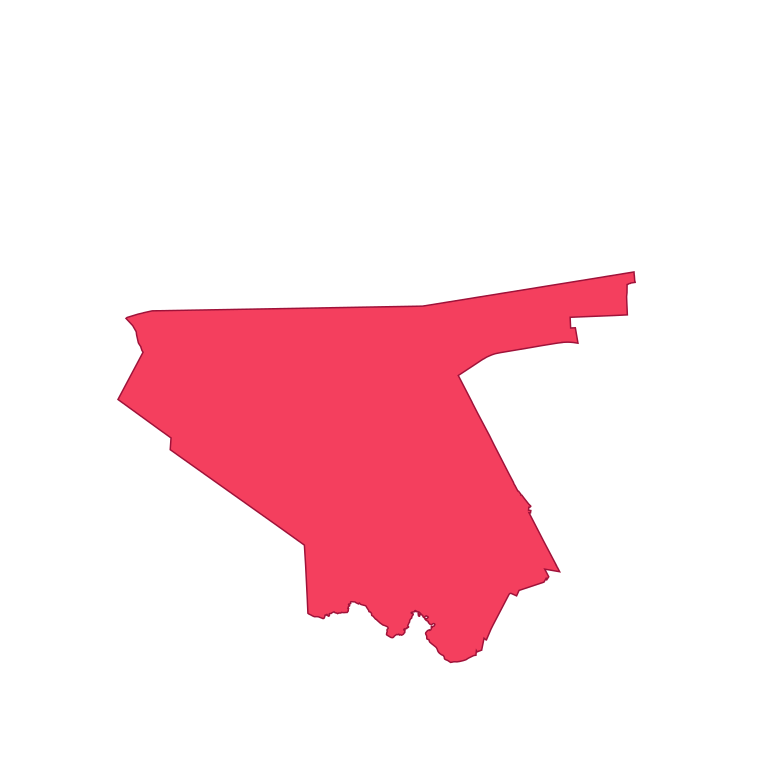 Stadskanaal, Groningen, Netherlands (Albers equal-area conic projection), rotated 124°
{"feature_id": "6326949B23876978853895", "entity_name": "Stadskanaal", "entity_type": "district", "adm_level": 2, "iso_a3": "NLD", "parent_name": "Netherlands", "parent_adm1": "Groningen", "projection": "albers", "projection_center": [7.027, 52.996], "detail": "fine", "context": "isolated", "style": "filled", "palette": "rose", "viewbox_px": 768, "rotation_deg": 124, "n_neighbors": 0, "source": "geoboundaries", "source_scale": "gbopen_adm2", "svg_char_len": 6003}
<svg xmlns="http://www.w3.org/2000/svg" viewBox="0 0 768 768"><g transform="rotate(124 384 384)"><path d="M473.9,634.6L476.1,625.0L479.2,618.7L479.5,618.4L481.7,616.5L487.2,610.7L487.9,609.3L489.1,606.4L489.5,606.0L489.8,605.8L490.0,605.4L491.5,603.5L492.4,601.5L545.6,595.9L547.4,543.9L547.8,530.4L558.0,524.5L558.3,513.0L561.0,399.5L561.5,381.0L562.1,359.9L578.0,347.7L605.9,326.8L608.1,325.2L616.6,318.9L616.7,318.1L616.7,317.7L616.4,315.7L616.2,313.4L615.9,311.8L615.7,311.3L614.7,310.0L614.3,309.3L613.8,308.6L613.7,308.3L613.2,306.0L613.0,305.4L612.7,303.8L612.6,303.4L612.0,302.8L611.8,302.7L611.1,302.9L610.3,302.9L608.6,303.6L608.3,303.5L608.0,302.8L607.8,302.4L607.5,302.4L607.2,302.6L606.9,302.5L606.9,302.4L607.3,301.6L607.6,300.5L607.6,300.3L607.4,300.1L606.8,299.7L606.6,299.7L606.3,300.0L605.7,300.6L605.3,300.8L604.9,300.8L604.6,300.6L604.4,300.1L604.1,299.7L602.6,299.1L600.9,298.1L600.8,297.8L601.0,296.6L600.4,295.2L600.3,294.0L600.1,293.9L599.8,293.8L599.4,293.6L598.8,292.9L598.1,291.9L598.0,291.7L597.2,291.6L596.9,291.0L596.0,289.4L594.8,287.9L594.0,286.8L592.3,286.7L592.0,286.8L591.1,287.5L590.0,287.7L589.9,287.8L589.9,288.0L590.2,288.4L590.2,288.6L589.3,288.7L588.2,289.1L587.5,288.6L587.1,288.5L586.9,288.6L586.7,289.9L586.6,290.1L586.1,290.1L585.1,289.0L584.8,288.9L584.3,289.0L583.9,289.5L583.5,289.8L582.9,289.6L582.4,288.9L581.9,287.9L581.1,286.6L580.9,285.9L581.0,285.0L580.7,282.9L580.6,282.2L579.6,282.1L579.4,282.0L579.3,281.8L579.7,281.0L579.7,280.0L579.4,279.0L578.3,275.8L578.2,275.5L578.2,274.8L578.3,274.5L579.0,273.2L579.6,271.7L580.1,270.6L580.3,270.0L580.9,269.5L581.1,269.1L581.1,268.7L580.7,267.9L580.7,267.6L581.3,265.9L582.2,265.3L582.6,264.9L582.7,264.7L582.7,264.1L582.6,263.4L582.7,262.9L583.7,259.5L583.4,258.5L583.8,257.6L583.8,257.1L583.9,256.6L584.0,255.7L584.3,253.8L584.4,250.1L583.8,248.1L583.4,245.6L583.4,245.1L583.7,244.5L584.1,244.0L584.3,243.9L584.6,243.9L585.7,244.2L585.9,244.1L586.5,243.8L587.5,242.9L588.7,242.6L590.2,241.9L590.4,241.7L590.5,241.3L590.4,239.1L590.3,237.0L590.2,236.4L590.0,235.9L589.4,234.9L589.2,234.8L588.5,234.5L587.0,234.4L584.5,233.4L584.4,233.3L584.2,232.5L584.1,232.4L583.4,232.0L583.1,231.8L583.1,231.6L583.2,231.4L583.5,231.0L583.5,230.8L583.4,230.6L582.7,230.3L582.6,229.9L582.5,229.2L582.4,229.0L582.2,228.8L581.6,228.5L580.8,228.1L580.4,228.0L578.9,228.0L578.5,227.8L578.3,227.9L577.5,228.4L576.8,228.6L576.7,228.8L576.8,229.3L576.8,230.0L576.7,230.2L576.2,230.3L575.6,230.2L575.6,229.5L575.5,229.3L574.4,229.1L574.2,228.9L574.1,228.4L573.8,228.3L573.1,228.6L572.7,228.3L572.5,228.0L572.2,227.8L571.9,227.7L571.5,227.9L571.3,229.0L571.1,229.2L570.0,229.4L569.0,229.5L568.4,229.7L567.0,229.7L566.2,230.2L565.5,230.5L565.1,230.5L563.7,230.6L563.4,230.5L563.1,230.3L562.4,230.2L562.1,230.3L561.9,230.6L561.4,230.9L560.9,230.9L559.7,230.8L558.7,230.9L558.4,231.1L558.3,231.6L558.7,232.7L558.7,232.9L558.6,233.4L558.2,233.6L557.9,233.4L557.5,233.2L557.3,232.9L556.3,231.9L555.9,231.5L554.7,231.7L554.5,231.4L554.2,231.2L554.2,230.5L554.8,230.3L554.6,229.8L553.9,228.8L553.7,228.2L553.5,227.4L553.6,226.6L553.7,226.1L553.8,226.3L554.2,227.3L554.4,227.4L554.7,227.6L555.2,227.3L556.7,226.0L556.9,225.7L556.9,225.1L556.8,224.8L556.7,224.7L556.4,224.7L555.9,224.9L555.5,225.2L555.1,225.3L554.5,224.8L554.4,224.6L554.4,223.9L554.2,222.8L554.2,222.5L554.3,222.3L555.1,221.6L555.3,220.3L555.3,220.1L555.2,220.0L555.0,219.9L553.8,220.0L553.2,219.7L552.7,219.4L552.5,219.2L552.6,218.5L552.3,217.7L552.6,216.9L554.1,217.0L554.5,217.2L554.8,217.6L555.0,218.1L555.4,218.9L555.5,219.0L555.9,218.8L556.0,218.5L556.3,217.2L556.4,216.5L556.3,216.3L556.1,214.8L556.2,214.4L556.5,214.3L556.9,213.9L557.5,211.3L557.1,210.4L556.7,210.0L555.3,209.3L554.8,208.9L554.6,208.4L554.6,208.0L554.6,207.8L554.8,207.5L555.1,207.3L556.5,207.1L557.1,207.4L557.5,207.9L557.8,208.0L558.0,208.1L558.7,207.9L558.8,208.0L558.2,208.8L558.2,209.0L558.4,209.2L558.8,209.0L560.4,207.9L561.3,207.8L561.9,207.8L562.7,208.3L562.4,208.9L563.4,209.6L564.0,209.9L564.8,210.1L566.8,210.3L567.6,210.0L568.1,209.4L568.8,208.1L569.1,207.7L571.3,206.0L571.3,205.7L571.3,205.3L570.9,203.8L572.0,202.4L572.2,202.2L572.4,201.7L572.7,199.2L573.1,194.1L573.3,193.3L573.4,192.9L574.0,191.8L575.3,190.0L575.6,189.5L575.8,188.9L576.1,187.9L576.2,187.4L576.3,185.1L576.2,184.3L576.0,183.7L576.0,183.1L576.2,182.3L576.6,181.5L577.9,180.3L578.0,180.0L578.1,179.6L578.0,178.5L577.6,176.6L577.6,173.1L575.8,171.3L575.3,170.9L574.3,169.4L573.6,168.2L572.9,167.4L572.4,166.9L571.9,166.3L569.1,163.7L566.8,161.9L566.2,161.6L564.2,160.8L559.2,157.9L558.2,157.0L557.8,156.5L557.5,156.1L553.4,158.3L554.0,157.0L553.7,156.7L552.6,156.1L551.5,155.2L550.4,154.6L550.1,154.2L538.8,158.9L539.1,156.5L539.0,156.2L538.9,156.0L527.5,158.2L523.0,158.8L489.3,162.6L488.3,162.7L487.4,162.5L487.2,162.4L486.7,161.9L486.5,161.5L485.5,155.6L479.6,156.6L458.8,140.6L454.5,140.9L455.2,139.6L451.7,139.6L447.6,147.2L441.4,133.4L439.0,137.8L439.0,138.0L438.0,139.9L437.9,139.8L424.8,164.2L409.6,191.9L408.9,190.5L406.8,191.5L407.8,193.6L405.2,195.0L405.1,194.9L404.9,194.5L404.5,194.2L404.1,194.0L403.5,193.9L403.2,194.0L402.8,196.0L402.6,197.0L400.5,203.5L399.1,207.6L399.5,208.6L398.9,208.9L397.6,212.6L397.9,213.2L395.0,218.5L394.2,220.3L393.1,221.8L389.2,229.1L372.7,259.1L367.9,267.5L356.1,289.6L350.1,300.5L349.9,300.7L335.4,327.2L331.9,325.7L307.8,315.7L307.7,315.5L304.4,314.0L302.3,312.7L299.5,310.9L297.0,309.0L295.3,307.4L292.6,304.7L271.5,282.5L263.7,274.4L253.1,263.1L250.0,259.5L249.9,259.6L247.4,256.3L246.3,254.7L245.2,252.9L243.8,250.4L241.7,246.0L230.4,256.8L233.2,260.6L224.6,267.0L198.0,230.8L190.6,220.9L179.8,228.9L175.8,231.8L172.4,233.6L165.6,238.1L165.0,237.5L164.8,237.4L164.0,237.2L162.8,236.0L162.1,235.7L159.3,232.6L158.6,233.3L158.7,233.5L154.1,237.1L154.0,237.3L151.3,239.4L198.4,289.5L208.7,300.5L297.9,395.6L452.7,616.7L453.1,617.2L459.4,623.2L460.2,623.8L463.5,626.9L465.1,628.2L472.5,634.2L473.9,634.6Z" fill="#f43f5e" stroke="#9f1239" stroke-width="1.5"/></g></svg>